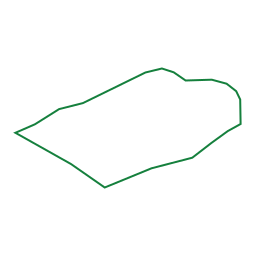 outline of Ribeira Grande
{"feature_id": "CPV-5061", "entity_name": "Ribeira Grande", "entity_type": "state/province", "adm_level": 1, "iso_a3": "CPV", "parent_name": "Cabo Verde", "parent_adm1": "", "projection": "mercator", "projection_center": [-25.115, 17.141], "detail": "fine", "context": "isolated", "style": "outline", "palette": "green", "viewbox_px": 256, "rotation_deg": 0, "n_neighbors": 0, "source": "natural_earth", "source_scale": "10m", "svg_char_len": 353}
<svg xmlns="http://www.w3.org/2000/svg" viewBox="0 0 256 256"><path d="M15.4,132.8L34.9,124.3L59.1,109.1L82.9,103.1L145.4,72.5L161.9,68.5L173.7,72.3L185.6,80.5L211.8,79.7L226.6,83.7L236.2,91.2L240.2,99.5L240.6,124.0L227.9,131.0L211.6,142.8L192.3,157.7L151.5,168.3L104.7,187.5L71.1,164.1L15.4,132.8Z" fill="none" stroke="#15803d" stroke-width="2"/></svg>